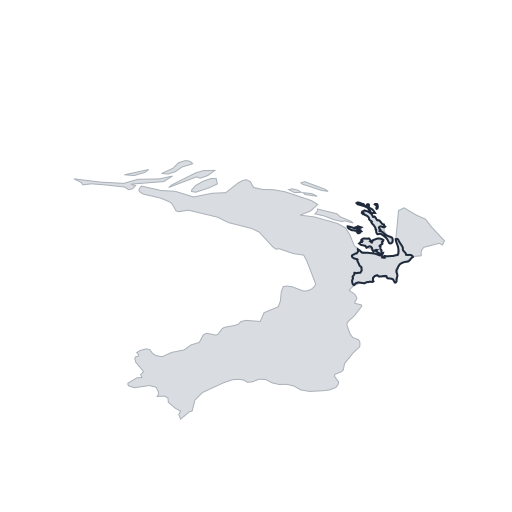 Primorsko-Goranska highlighted on a map of Croatia, rotated 152°
{"feature_id": "HRV-1586", "entity_name": "Primorsko-Goranska", "entity_type": "County", "adm_level": 1, "iso_a3": "HRV", "parent_name": "Croatia", "parent_adm1": "", "projection": "natural_earth1", "projection_center": [14.596, 45.075], "detail": "fine", "context": "in_parent", "style": "outline", "palette": "slate", "viewbox_px": 512, "rotation_deg": 152, "n_neighbors": 0, "source": "natural_earth", "source_scale": "10m", "svg_char_len": 9250}
<svg xmlns="http://www.w3.org/2000/svg" viewBox="0 0 512 512"><g transform="rotate(152 256 256)"><path d="M86.1,178.2L88.3,181.2L103.8,184.9L107.2,183.3L109.2,180.8L109.2,179.3L110.6,178.8L116.0,181.2L132.8,180.9L136.1,179.1L142.4,168.7L144.5,167.8L145.8,168.2L146.8,171.3L149.2,174.2L157.7,181.1L160.9,181.9L164.0,180.1L167.2,179.5L176.4,183.2L184.1,183.9L189.9,182.0L187.0,176.4L186.5,173.6L186.9,171.1L190.8,168.6L190.7,167.6L185.9,163.3L186.1,162.1L196.5,157.3L206.5,154.6L208.1,152.5L209.5,143.4L208.9,138.6L204.8,134.0L204.6,131.8L205.5,129.4L207.1,127.2L215.8,124.8L228.4,119.4L232.3,114.5L234.6,113.7L241.7,114.4L243.2,113.2L242.2,106.1L243.4,104.4L247.1,102.4L253.3,103.1L258.5,104.9L272.2,111.2L279.5,116.9L283.5,123.3L289.0,128.2L295.9,131.7L301.4,136.5L305.5,142.5L311.2,145.8L318.4,146.6L323.0,148.6L324.9,152.0L328.9,155.1L334.9,157.8L344.1,159.3L367.3,160.6L377.6,157.4L385.2,149.1L388.5,149.7L399.2,147.3L398.6,152.2L395.5,154.4L398.8,159.6L402.1,167.9L400.4,172.0L402.6,175.2L409.2,178.4L407.3,179.3L405.9,182.1L405.8,187.0L411.1,191.7L425.2,196.8L429.4,201.0L429.5,202.7L428.7,203.9L418.0,204.3L413.9,202.2L413.5,205.5L409.6,206.6L412.0,218.8L411.2,222.4L409.8,223.5L406.7,222.9L405.9,224.1L406.7,226.7L402.8,227.0L396.6,225.6L393.7,223.2L393.1,218.6L391.0,214.9L386.0,211.1L375.8,210.5L363.7,206.8L355.0,208.0L346.7,206.3L339.5,211.1L335.9,211.0L328.6,205.0L326.4,204.7L320.1,207.7L317.6,207.9L307.0,204.6L303.1,204.1L300.3,205.2L295.3,204.0L283.0,196.2L275.5,202.2L260.2,200.7L255.6,204.8L250.5,212.5L246.3,216.2L242.6,214.9L238.2,211.5L230.5,202.7L226.7,201.1L222.3,200.7L218.4,201.7L216.4,203.5L213.5,227.6L213.5,234.4L222.0,240.7L232.1,251.5L235.3,252.7L236.9,256.3L242.0,275.7L247.1,282.5L264.5,298.3L271.8,308.4L294.1,328.1L303.8,331.6L305.4,333.4L305.6,341.1L306.6,344.0L313.2,352.0L326.6,363.7L328.2,366.4L328.7,368.4L327.8,370.0L324.4,371.6L309.0,358.3L297.0,351.1L283.4,337.4L265.3,332.0L253.0,326.1L237.4,328.9L232.3,328.9L228.7,327.9L226.1,324.2L226.0,317.6L218.8,311.6L209.0,306.0L199.7,298.6L181.0,278.9L177.3,272.5L186.9,270.1L197.9,271.4L186.0,263.0L168.9,246.6L163.8,238.8L163.2,230.5L164.4,219.0L161.3,210.8L148.2,200.2L143.4,194.6L133.7,191.3L129.4,191.6L126.8,195.8L124.9,204.9L108.8,229.2L102.6,229.0L95.7,217.5L89.0,208.8L87.5,199.6L82.5,180.9L86.1,178.2ZM375.5,400.1L375.7,402.9L380.5,409.6L359.0,394.5L338.7,382.2L324.4,379.2L304.8,369.3L292.1,365.8L302.5,365.0L332.7,378.2L329.3,374.7L333.6,373.3L337.3,374.3L339.7,378.6L356.7,390.2L367.6,397.1L375.5,400.1ZM139.7,242.3L139.2,245.2L135.6,241.6L133.8,235.0L129.3,224.3L128.7,221.3L131.1,218.4L131.0,215.4L127.8,206.1L130.5,204.5L132.0,204.4L132.7,210.8L134.1,214.5L138.5,219.1L137.6,226.7L138.5,237.4L139.7,242.3ZM158.7,218.6L151.4,220.2L148.0,217.3L147.1,215.0L141.1,214.2L136.7,209.5L141.9,205.9L144.6,200.1L154.5,212.0L158.7,218.6ZM276.4,346.6L267.0,346.8L258.9,345.4L254.8,343.1L256.3,337.8L265.4,338.2L279.3,340.6L282.7,343.3L281.7,344.5L276.4,346.6ZM300.9,357.5L296.7,358.3L270.2,357.7L262.5,356.1L252.1,350.9L260.7,349.7L268.8,350.9L271.3,353.8L300.9,357.5ZM181.2,266.6L179.6,268.6L164.8,255.4L163.2,251.0L155.8,242.0L154.7,239.5L161.4,245.5L163.9,246.0L170.4,251.7L176.7,259.1L184.2,265.5L181.2,266.6ZM268.6,367.2L279.6,369.3L287.7,368.3L295.0,369.6L300.7,373.2L288.1,372.4L280.6,374.8L273.9,373.5L271.3,371.9L269.5,370.0L268.6,367.2ZM181.3,297.6L182.0,299.5L178.1,298.8L163.6,282.4L162.0,279.2L167.2,283.0L181.3,297.6ZM155.4,228.5L161.5,238.2L155.9,235.2L150.9,234.1L149.9,231.9L151.7,228.2L155.4,228.5ZM325.9,384.3L334.1,389.5L310.1,382.7L315.3,382.0L325.9,384.3ZM192.1,293.8L196.0,299.3L192.3,298.2L188.4,294.7L186.1,291.0L192.1,293.8ZM183.7,287.1L184.7,289.8L177.3,284.8L173.9,280.0L183.7,287.1Z" fill="#d9dde1" stroke="#a8b0b8" stroke-width="1"/><path d="M180.7,185.1L183.2,184.3L183.3,184.5L183.6,185.1L183.7,185.6L183.7,186.0L183.7,186.3L183.6,186.7L183.4,187.4L182.9,188.9L182.6,189.2L182.3,189.6L181.1,190.5L180.8,190.8L180.7,191.0L180.7,191.3L180.7,191.9L180.5,192.3L180.1,192.6L178.3,193.3L178.1,193.5L177.8,193.7L177.1,194.9L177.0,195.0L176.7,194.9L176.2,194.5L176.1,194.2L175.7,193.9L175.1,193.6L173.4,193.1L172.7,192.7L172.2,192.4L171.9,192.3L171.6,192.3L169.5,193.6L169.2,194.1L168.9,195.1L168.8,195.5L168.7,195.7L168.6,195.9L168.5,196.0L168.3,196.1L168.2,196.4L168.2,196.8L168.5,197.6L168.8,198.0L168.9,198.5L169.1,198.9L168.9,200.3L168.8,204.2L168.7,204.5L168.5,204.8L168.3,204.9L168.0,205.1L168.1,205.4L168.2,205.7L170.4,207.6L171.5,209.6L171.5,210.0L171.5,210.5L171.2,211.1L171.0,211.4L170.7,211.5L169.6,211.5L168.0,211.4L167.1,211.5L166.8,211.4L166.6,211.4L166.3,211.1L166.0,211.0L165.6,211.1L163.4,212.3L163.3,212.5L163.2,212.7L163.2,213.7L162.9,214.2L161.4,211.2L161.2,209.9L160.6,209.0L159.7,208.4L156.1,206.6L149.7,202.2L146.7,198.6L145.9,198.2L144.9,197.3L144.5,196.2L145.3,195.5L144.6,194.9L142.4,193.5L143.5,194.6L143.7,194.8L143.5,195.3L143.0,195.7L142.4,195.7L141.9,195.3L141.0,194.5L134.7,191.6L132.4,191.1L131.3,190.6L130.4,190.4L129.3,191.2L128.1,192.9L127.0,195.2L126.2,197.8L125.5,202.9L124.8,205.3L124.7,205.3L123.4,204.8L123.1,204.5L122.9,204.1L122.8,203.6L122.8,202.9L122.9,202.2L122.8,200.5L122.4,196.3L122.4,195.0L122.4,194.6L122.6,194.2L123.1,193.2L123.4,192.4L123.4,191.8L123.3,191.0L122.7,188.8L122.6,188.0L122.6,187.5L122.8,187.1L123.0,186.7L122.8,186.4L122.3,186.1L119.1,184.4L118.6,183.9L118.1,183.2L117.9,182.6L117.8,182.2L117.9,181.5L118.0,181.5L119.5,181.3L122.3,180.1L123.9,179.7L125.1,180.0L127.5,180.9L130.2,181.4L132.9,181.2L135.2,180.0L136.3,179.1L138.6,177.6L139.4,176.3L139.7,175.3L139.9,173.6L140.0,173.3L140.3,172.3L140.9,171.6L142.4,170.1L143.0,169.3L143.7,167.8L144.2,167.4L144.5,167.2L145.2,167.0L145.8,167.3L146.0,168.5L145.9,169.8L145.9,170.8L146.5,171.8L147.2,172.5L149.3,173.9L149.7,174.1L150.1,174.3L150.4,174.7L150.5,175.3L150.3,176.6L150.3,177.0L151.5,177.9L157.0,180.0L157.9,182.1L160.4,182.6L162.9,181.8L164.0,180.0L164.2,178.4L165.3,178.4L166.6,179.2L167.7,180.0L168.5,180.1L169.1,180.2L169.7,180.5L170.3,180.9L173.2,181.0L173.8,181.5L178.1,184.7L180.7,185.1ZM141.2,242.2L140.9,242.8L140.9,243.4L141.3,243.7L142.0,243.2L142.4,244.3L142.0,244.8L141.6,245.2L141.2,245.4L140.5,245.3L138.8,245.3L136.1,242.6L134.2,238.8L134.3,235.5L134.1,235.4L133.9,235.3L133.7,235.2L133.0,235.3L132.6,234.8L132.4,233.8L132.3,231.4L132.2,230.7L131.9,230.4L131.3,230.3L130.3,229.3L129.4,224.8L128.2,223.7L128.3,223.4L128.4,223.2L128.7,222.7L128.1,221.3L128.7,221.1L130.1,221.6L130.5,222.0L131.6,223.4L132.1,223.7L133.1,223.8L133.8,223.7L134.1,223.3L134.3,222.2L134.1,221.8L133.8,220.6L133.9,219.8L134.7,220.7L135.2,220.1L134.0,219.2L133.1,217.9L131.4,213.3L131.0,212.7L127.9,209.3L127.3,208.4L127.3,207.3L127.9,205.7L128.6,204.7L129.4,204.0L130.5,203.7L131.9,204.2L132.4,205.1L132.2,208.1L132.3,209.9L132.7,211.2L133.8,214.0L135.2,216.6L135.5,217.0L136.3,217.6L137.7,217.8L138.4,218.1L138.8,219.0L138.7,220.3L138.2,221.7L137.6,222.7L138.0,223.2L137.4,224.5L137.4,225.6L137.6,228.0L138.3,230.2L138.4,231.5L137.6,231.9L137.9,232.8L138.6,233.9L138.8,234.5L138.9,235.3L138.5,236.2L138.4,237.1L138.8,238.7L139.5,239.9L140.5,241.0L141.2,242.2ZM153.6,221.1L152.6,220.9L149.7,219.1L148.0,218.5L147.8,218.0L147.7,216.8L147.9,214.1L147.5,213.5L146.5,214.0L146.5,214.5L147.3,215.0L145.8,215.1L141.0,214.5L139.5,214.0L138.1,213.0L136.8,211.6L136.0,210.3L136.5,209.7L137.0,209.4L137.5,209.3L138.2,209.3L138.4,209.0L138.4,208.3L138.5,207.6L139.0,207.3L141.2,207.2L142.2,206.8L141.7,205.7L142.4,204.8L142.7,204.1L142.9,203.5L142.7,202.9L142.5,202.4L142.6,201.8L143.2,201.2L143.3,200.3L143.3,199.7L143.0,199.3L142.4,199.1L143.3,198.3L144.1,198.2L146.1,199.1L145.5,199.1L145.3,199.1L145.4,199.7L145.6,200.1L145.8,200.4L146.1,200.7L146.9,202.1L147.7,203.8L146.2,204.4L147.0,205.0L148.9,205.2L150.2,204.8L150.5,206.2L149.8,208.8L150.2,210.3L150.9,211.1L152.0,211.4L154.6,211.4L154.6,213.6L158.1,216.5L159.0,218.6L158.6,218.6L158.0,219.0L157.2,219.2L156.5,219.0L155.8,218.6L155.0,219.1L155.0,219.6L155.8,220.2L155.6,220.7L154.7,221.0L153.6,221.1ZM154.6,233.5L154.6,234.1L154.8,234.4L155.4,235.0L154.6,234.5L153.7,234.3L152.8,234.3L152.2,234.5L149.7,231.9L150.5,231.9L151.2,231.9L151.9,232.1L152.6,232.4L152.6,231.9L152.4,231.7L152.3,231.3L152.2,230.9L153.2,231.6L153.4,231.9L153.8,231.9L153.1,230.5L152.6,229.8L151.7,229.3L151.6,229.1L151.4,228.3L152.6,228.5L153.8,228.8L153.6,228.5L153.4,227.8L154.5,227.8L155.4,228.4L155.5,229.2L154.6,229.9L154.6,230.3L155.1,230.6L157.4,232.7L158.8,233.4L159.5,234.0L161.2,236.5L161.6,238.0L161.1,239.1L159.4,237.8L156.5,234.8L154.6,233.5ZM137.2,249.4L142.0,254.0L142.4,255.5L141.1,255.6L139.5,254.3L137.5,251.9L136.7,251.4L136.7,250.9L138.0,251.2L138.4,251.4L136.7,249.5L135.8,248.8L134.7,248.3L134.3,249.1L133.7,249.4L133.0,249.3L132.3,248.8L132.3,248.3L132.7,248.3L132.6,248.2L132.4,247.8L133.4,246.6L133.1,245.1L131.5,242.7L131.2,241.7L130.8,239.4L130.7,238.1L131.9,238.8L133.4,239.4L134.3,240.4L133.9,242.2L134.2,242.8L134.5,244.0L134.7,246.0L135.1,246.7L137.2,249.4ZM125.3,242.2L126.5,240.9L127.4,241.0L127.4,241.7L127.0,242.2L126.3,242.4L126.2,242.5L126.0,242.8L126.1,243.2L126.0,243.6L126.0,244.0L126.1,244.3L126.5,244.9L126.9,245.9L126.4,246.0L125.7,245.6L125.0,245.3L124.6,244.9L124.6,244.2L124.8,243.7L125.3,242.2Z" fill="none" stroke="#1e293b" stroke-width="2"/></g></svg>